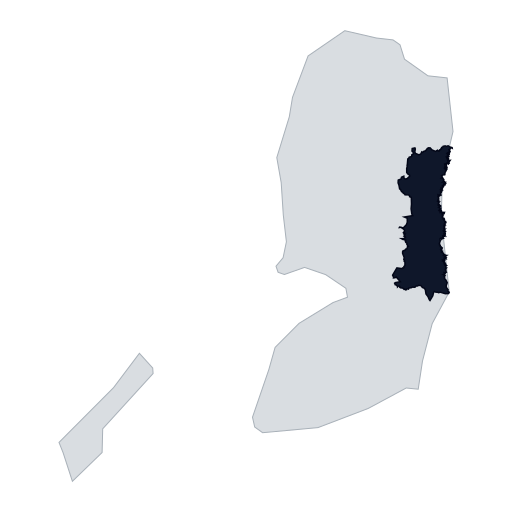 location of Jericho & Al Aghwar, West Bank, Palestine
{"feature_id": "87354302B18647900198549", "entity_name": "Jericho & Al Aghwar", "entity_type": "district", "adm_level": 2, "iso_a3": "PSE", "parent_name": "Palestine", "parent_adm1": "West Bank", "projection": "robinson", "projection_center": [35.498, 31.968], "detail": "fine", "context": "in_parent", "style": "filled", "palette": "ink", "viewbox_px": 512, "rotation_deg": 0, "n_neighbors": 0, "source": "geoboundaries", "source_scale": "gbopen_adm2", "svg_char_len": 6770}
<svg xmlns="http://www.w3.org/2000/svg" viewBox="0 0 512 512"><path d="M447.1,77.9L453.0,131.5L442.3,177.3L441.3,217.4L449.2,292.0L432.2,323.6L422.5,361.0L418.2,389.2L406.2,388.0L368.3,408.4L318.0,427.6L262.6,432.7L254.7,427.0L252.5,417.2L268.8,369.7L275.1,347.4L299.1,323.3L333.1,302.5L347.5,297.2L345.9,288.3L325.6,274.6L304.5,267.4L284.4,274.5L278.1,272.3L276.0,266.2L283.1,257.7L286.4,241.8L283.3,215.1L281.2,182.7L276.8,157.6L289.3,116.8L292.5,97.4L308.1,55.9L344.8,30.7L376.3,38.0L393.0,39.9L400.0,44.8L404.5,59.2L427.9,75.8L447.1,77.9ZM139.4,353.3L152.7,368.0L153.1,373.5L102.7,428.8L102.1,452.5L72.4,481.3L63.1,452.7L59.0,442.4L113.5,387.7L139.4,353.3Z" fill="#d9dde1" stroke="#a8b0b8" stroke-width="1"/><path d="M452.1,147.6L449.7,146.9L448.1,145.8L446.6,146.4L445.2,145.9L443.1,146.3L442.8,147.0L441.6,147.5L441.8,148.3L440.8,148.9L440.7,149.6L439.6,149.9L439.0,151.2L438.4,151.2L437.5,150.2L435.5,151.4L432.0,149.9L430.2,147.9L428.5,147.8L427.4,148.4L425.3,151.1L424.2,151.1L422.5,152.4L421.8,151.9L420.7,154.1L418.8,154.8L415.5,153.4L414.8,152.1L415.3,148.9L414.9,147.9L412.2,148.5L412.0,151.1L413.2,152.3L413.5,153.8L411.8,154.8L411.7,156.5L409.2,157.2L408.7,158.3L407.8,158.9L407.3,164.6L407.5,164.9L407.1,165.2L407.2,166.7L406.7,168.3L406.7,172.4L407.6,173.8L409.6,175.2L409.7,176.2L407.1,178.6L405.4,179.1L404.0,178.2L403.8,176.2L401.5,177.2L401.0,179.1L398.3,180.0L398.2,180.5L398.1,182.9L399.0,185.4L399.6,188.9L400.6,189.6L401.4,191.3L401.8,191.8L402.5,191.9L403.1,193.0L404.7,194.1L405.0,194.8L408.5,194.9L409.5,195.6L409.6,196.7L411.3,197.4L411.5,204.2L411.1,208.8L411.8,213.9L412.7,215.6L404.3,217.0L407.2,218.2L407.3,222.2L406.4,224.7L403.2,228.0L400.9,227.2L399.6,227.1L399.4,227.5L400.9,227.3L403.7,229.2L404.5,230.2L404.5,231.3L403.5,232.5L404.5,233.0L404.0,233.1L404.7,233.9L404.0,234.1L404.8,234.9L404.1,236.0L404.6,236.0L404.6,236.5L405.2,236.7L405.1,237.2L405.4,237.6L403.4,238.7L401.6,238.7L403.0,239.5L404.0,239.4L404.3,239.8L405.3,239.7L405.8,240.0L405.8,240.5L405.3,241.1L405.8,241.8L405.7,242.2L407.0,243.5L407.2,244.0L406.9,244.5L408.3,246.4L407.5,246.6L407.0,248.7L405.6,249.2L404.9,250.4L404.2,250.4L403.6,250.9L403.1,250.8L402.6,251.7L402.6,253.4L404.2,257.5L403.8,259.7L404.6,260.1L404.2,261.3L405.0,262.1L404.9,265.6L403.9,266.5L404.1,267.2L403.5,268.0L402.6,267.9L402.0,268.6L396.9,267.9L392.7,275.0L393.1,275.3L392.8,275.6L393.6,277.3L393.5,277.9L395.1,277.7L396.2,277.0L400.3,281.7L395.4,282.6L394.6,283.2L395.3,284.8L396.1,284.6L397.0,285.9L397.6,286.1L397.6,286.8L398.3,286.1L399.2,286.0L399.8,286.5L399.7,287.2L400.5,287.8L402.8,288.1L404.1,289.4L404.8,289.1L405.6,289.9L406.5,289.7L406.5,289.1L407.2,288.7L408.5,289.1L408.9,288.0L411.4,287.7L412.7,287.0L414.1,287.3L415.1,287.1L416.6,285.7L417.6,286.0L418.7,285.3L421.0,285.6L422.4,287.5L424.1,288.1L425.3,289.6L426.0,294.0L428.0,296.6L429.3,299.7L430.0,300.5L432.8,295.8L433.5,292.7L434.3,291.5L436.0,292.2L437.5,292.2L438.6,292.7L440.3,292.2L445.3,293.7L448.3,293.6L449.2,292.7L448.9,291.9L447.8,291.1L448.1,289.7L446.9,288.3L446.2,286.8L446.2,285.6L447.2,282.7L445.7,279.7L444.4,278.4L444.7,277.0L444.3,276.5L444.9,275.7L444.1,275.6L444.4,274.9L443.6,274.6L444.6,274.4L444.1,272.7L444.6,272.9L445.1,272.6L445.4,272.9L445.6,272.3L446.3,272.2L445.8,271.0L445.9,270.4L445.3,269.9L445.8,269.6L445.6,268.9L446.4,268.0L445.6,267.9L445.8,266.5L445.3,265.8L446.3,265.5L444.9,264.7L445.0,264.3L445.7,264.3L445.5,263.8L444.4,263.8L444.8,262.7L444.4,262.6L444.4,263.2L443.8,262.8L444.2,261.8L442.8,261.1L443.6,260.8L443.1,260.2L443.6,260.3L443.8,259.6L444.4,260.0L444.3,258.8L444.8,259.3L444.9,258.3L445.8,258.6L445.2,257.6L445.9,258.0L446.2,257.8L445.6,257.4L445.9,257.0L445.3,256.1L446.5,255.4L445.5,255.3L444.8,254.7L443.5,255.0L443.8,254.1L443.5,253.2L441.6,252.2L442.5,251.2L441.3,250.7L441.5,250.3L441.0,249.5L441.9,249.1L442.1,248.4L441.0,248.7L441.6,247.5L441.1,247.3L441.1,246.8L440.3,246.5L440.3,245.4L439.5,244.9L439.7,244.1L439.3,243.6L440.3,240.7L440.0,239.9L440.1,238.5L440.9,238.2L441.5,239.0L441.7,237.9L442.5,237.8L442.1,238.3L442.4,238.7L443.5,238.2L442.9,237.7L442.7,236.0L444.5,236.3L444.4,235.8L443.5,235.2L443.9,234.8L445.0,235.4L444.6,234.7L445.3,234.2L445.3,233.6L444.1,233.3L445.2,232.1L444.1,231.6L445.0,231.2L444.1,230.8L444.8,230.6L444.4,230.1L444.9,229.4L444.3,229.6L443.5,228.2L444.2,228.7L444.2,228.0L445.0,227.8L444.6,227.7L444.7,226.9L444.1,226.9L443.9,226.4L444.0,225.7L445.3,225.1L444.3,224.1L445.0,223.8L444.9,223.2L445.9,222.7L445.9,222.2L445.6,221.5L444.9,221.9L444.7,221.1L444.2,220.7L444.0,220.0L444.3,219.7L443.9,219.1L444.3,218.9L444.0,218.3L443.7,218.1L443.0,218.8L442.2,217.1L442.5,216.2L443.0,215.9L442.5,215.5L442.6,214.8L443.0,214.7L443.1,214.1L444.1,213.7L444.3,212.9L443.5,213.4L443.5,212.5L442.6,213.1L443.0,212.0L442.3,212.9L441.8,211.7L441.6,212.7L440.8,212.2L440.2,212.5L440.1,212.0L440.6,211.1L440.3,210.9L440.3,211.3L439.9,211.4L439.1,210.6L440.0,210.4L439.6,209.6L440.6,209.7L440.3,209.3L440.8,208.4L440.1,208.5L439.9,207.7L438.9,207.3L440.7,206.4L440.6,205.6L438.8,205.6L438.8,205.2L439.5,205.2L439.4,204.8L438.2,204.8L438.8,203.8L438.4,203.3L439.2,202.1L438.7,202.2L438.0,201.6L438.8,201.5L438.8,200.4L438.2,200.7L437.7,200.1L438.8,198.1L437.9,196.6L438.0,196.1L438.6,195.9L438.2,194.9L439.0,195.2L438.9,195.8L439.2,196.1L439.6,195.9L439.7,195.0L440.9,195.2L440.6,192.4L441.3,192.3L441.5,191.8L441.1,192.0L440.7,191.3L442.2,190.6L441.0,190.6L440.9,190.3L441.7,190.1L440.9,189.7L441.7,189.3L440.9,188.9L440.9,188.1L441.8,188.3L442.1,189.0L442.4,188.8L442.4,186.2L443.4,186.8L443.6,186.4L442.9,185.6L444.1,185.2L443.5,184.7L443.6,184.2L444.5,185.0L445.6,184.8L444.6,184.5L445.5,183.7L444.6,183.4L445.4,182.4L444.9,182.4L444.6,181.7L443.1,181.9L444.0,181.1L443.5,180.2L443.8,179.5L443.0,178.8L443.0,178.4L441.5,178.1L442.4,177.5L441.5,175.6L443.4,174.8L444.7,174.8L445.0,173.9L444.6,173.3L446.0,170.8L445.5,169.8L446.3,170.1L446.8,169.3L445.8,168.7L446.7,168.4L447.1,167.8L446.9,167.4L446.5,167.4L446.4,168.2L445.8,167.6L445.3,168.6L445.0,168.5L445.4,168.1L444.6,167.9L444.9,167.5L444.6,167.0L444.8,166.5L445.4,166.5L445.7,167.2L446.6,166.2L446.4,165.6L445.9,166.2L444.9,165.8L444.7,164.5L445.7,164.4L445.0,163.9L445.8,163.6L446.4,164.1L447.0,163.0L448.2,163.8L448.1,162.8L448.7,163.4L449.2,163.2L448.9,162.1L450.1,160.4L449.2,160.5L448.2,159.7L447.7,160.5L447.3,159.2L447.8,159.0L448.4,159.4L448.5,158.3L447.7,157.9L446.9,158.3L446.3,156.9L447.3,156.7L447.6,157.4L448.0,156.8L448.9,156.5L448.5,155.5L447.5,156.3L447.3,155.5L448.0,154.5L447.0,153.7L447.7,153.4L448.5,154.4L449.2,154.4L448.9,153.1L447.8,153.1L447.6,152.7L448.9,152.3L449.5,152.8L450.0,151.6L449.4,151.5L449.5,150.8L449.0,149.7L449.9,149.7L449.9,148.8L450.6,148.1L451.4,147.8L452.2,148.2L452.1,147.6Z" fill="#0f172a" stroke="#020617" stroke-width="1.5"/></svg>